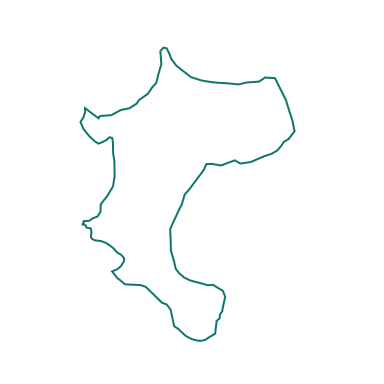 Irepodun, Kwara, Nigeria (orthographic projection), rotated 77°
{"feature_id": "59680162B70509973828236", "entity_name": "Irepodun", "entity_type": "district", "adm_level": 2, "iso_a3": "NGA", "parent_name": "Nigeria", "parent_adm1": "Kwara", "projection": "orthographic", "projection_center": [4.958, 8.196], "detail": "fine", "context": "isolated", "style": "outline", "palette": "teal", "viewbox_px": 384, "rotation_deg": 77, "n_neighbors": 0, "source": "geoboundaries", "source_scale": "gbopen_adm2", "svg_char_len": 2106}
<svg xmlns="http://www.w3.org/2000/svg" viewBox="0 0 384 384"><g transform="rotate(77 192 192)"><path d="M86.2,277.4L90.1,278.1L92.3,279.5L95.0,281.1L98.7,284.9L106.1,283.6L114.7,279.4L119.2,276.3L120.6,275.4L123.8,272.4L123.3,268.2L122.1,263.7L120.1,260.0L121.6,257.5L126.3,258.0L136.9,260.2L143.0,260.5L148.3,261.5L155.1,263.0L155.9,263.1L159.8,264.0L168.7,267.7L176.8,275.4L180.5,280.1L183.4,283.6L190.6,285.6L190.7,285.8L192.0,286.9L194.5,289.3L195.5,295.3L196.7,297.9L197.0,298.6L196.0,304.0L196.3,304.4L197.6,304.4L198.6,305.9L199.2,305.9L199.7,304.1L201.1,302.9L202.5,303.0L203.3,302.3L204.1,300.1L205.2,298.7L208.2,299.1L210.4,299.6L212.8,300.6L215.2,300.0L217.2,297.6L219.4,291.6L222.4,287.1L225.6,284.1L229.0,281.4L229.3,281.1L230.1,280.7L234.7,278.1L236.9,275.4L239.9,273.7L241.6,272.9L244.5,274.2L248.0,277.6L250.5,282.1L251.4,287.7L256.6,285.3L258.9,284.3L260.8,282.6L266.9,278.0L271.3,262.6L274.3,258.2L284.3,251.8L293.2,246.1L295.8,242.1L301.8,239.3L318.8,239.6L322.3,236.2L325.3,234.2L330.4,230.8L332.9,228.2L335.2,225.4L337.9,220.5L339.1,216.3L339.1,212.6L337.1,207.2L335.3,201.3L323.2,197.0L321.2,193.4L317.9,192.5L314.9,189.3L311.4,187.9L301.5,183.2L295.1,184.2L292.5,187.1L287.2,192.3L286.3,198.1L284.1,201.7L280.8,208.0L277.9,213.5L273.6,218.9L268.3,222.8L263.2,225.1L255.9,225.1L245.6,225.6L244.4,225.7L229.8,222.8L223.6,221.7L220.0,219.2L217.7,217.4L206.5,208.7L201.7,204.7L192.7,199.6L188.5,193.6L187.6,192.6L178.7,182.1L173.1,175.5L168.1,171.8L169.1,166.2L172.7,157.7L171.6,149.8L170.8,143.1L175.2,138.5L176.0,128.0L173.4,113.6L172.6,105.6L170.8,99.7L167.3,94.9L163.9,91.3L162.0,85.6L161.2,84.9L155.9,78.4L151.1,78.3L145.3,78.1L141.6,78.4L139.3,78.6L131.2,79.3L123.4,79.8L110.7,82.9L99.8,85.5L96.9,95.1L99.5,101.7L97.6,114.4L97.7,122.3L94.8,130.6L92.5,138.5L89.4,148.2L85.4,157.8L79.8,167.2L71.1,174.3L65.5,178.8L57.9,182.2L52.7,182.9L46.4,184.3L44.9,187.1L47.5,191.1L60.5,193.1L69.0,197.9L77.6,202.3L81.5,207.7L86.4,212.9L90.5,223.0L93.5,226.2L96.3,234.2L96.1,242.8L99.0,253.5L97.6,261.9L97.4,265.0L99.2,266.5L86.2,277.4Z" fill="none" stroke="#0f766e" stroke-width="2"/></g></svg>